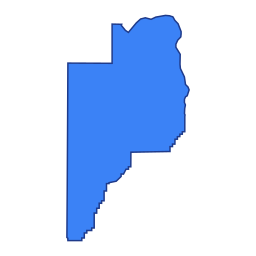 Grant, Washington, United States of America (Mercator projection), rotated 180°
{"feature_id": "52423323B96573779490833", "entity_name": "Grant", "entity_type": "district", "adm_level": 2, "iso_a3": "USA", "parent_name": "United States of America", "parent_adm1": "Washington", "projection": "mercator", "projection_center": [-119.611, 47.294], "detail": "fine", "context": "isolated", "style": "filled", "palette": "blue", "viewbox_px": 256, "rotation_deg": 180, "n_neighbors": 0, "source": "geoboundaries", "source_scale": "gbopen_adm2", "svg_char_len": 1199}
<svg xmlns="http://www.w3.org/2000/svg" viewBox="0 0 256 256"><g transform="rotate(180 128 128)"><path d="M134.3,231.7L143.9,231.9L143.9,221.9L143.9,192.7L188.1,192.9L188.4,134.1L188.8,61.7L189.1,18.5L188.2,17.8L188.1,15.4L174.2,15.4L174.2,18.0L171.7,18.0L171.7,23.0L169.2,23.0L169.2,25.5L164.3,25.5L164.3,28.0L161.8,28.0L161.8,42.9L159.3,42.9L159.3,47.7L156.8,47.8L156.8,52.8L154.4,52.7L154.4,55.2L151.9,55.2L151.9,65.0L149.5,65.0L149.5,72.4L147.0,72.4L147.0,73.3L139.8,74.8L134.9,79.5L134.9,82.0L132.5,81.9L130.0,86.8L127.5,86.8L127.6,89.2L125.2,89.2L125.1,103.8L86.0,104.5L86.0,109.4L83.5,109.4L83.5,111.9L81.1,111.9L81.0,116.8L78.6,116.8L78.6,119.3L76.2,119.4L76.1,121.8L73.7,121.8L73.7,124.2L71.2,124.3L71.2,139.3L71.0,141.1L71.5,142.4L71.3,147.4L70.6,151.0L71.6,153.6L71.5,156.9L70.4,159.3L68.8,160.2L66.9,166.1L68.0,169.0L70.5,171.5L71.6,179.1L75.6,187.5L76.0,191.7L75.8,201.7L80.1,208.7L80.1,211.8L78.3,215.8L75.2,219.1L74.9,222.0L74.9,224.4L77.9,232.2L81.2,235.7L83.0,239.0L83.5,239.3L85.3,239.8L86.2,240.2L90.5,240.6L100.2,238.9L104.9,236.7L110.7,238.2L115.4,237.0L119.6,233.2L127.6,223.6L130.6,225.6L134.7,230.6L134.3,231.7Z" fill="#3b82f6" stroke="#1e3a8a" stroke-width="1.5"/></g></svg>